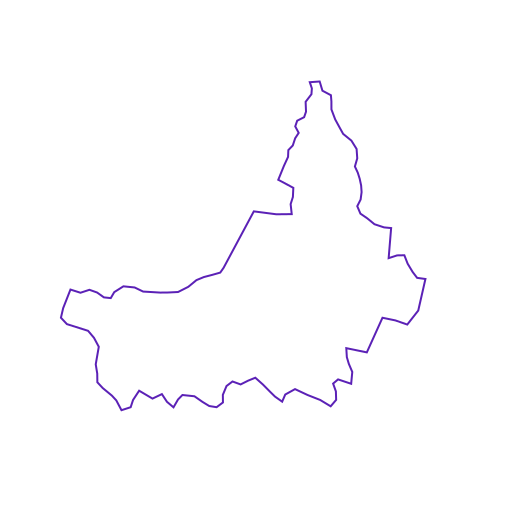 the district of Coqueiro Baixo, Rio Grande do Sul, Brazil, rotated 286°
{"feature_id": "56859067B73251776772186", "entity_name": "Coqueiro Baixo", "entity_type": "district", "adm_level": 2, "iso_a3": "BRA", "parent_name": "Brazil", "parent_adm1": "Rio Grande do Sul", "projection": "robinson", "projection_center": [-52.121, -29.161], "detail": "fine", "context": "isolated", "style": "outline", "palette": "violet", "viewbox_px": 512, "rotation_deg": 286, "n_neighbors": 0, "source": "geoboundaries", "source_scale": "gbopen_adm2", "svg_char_len": 1680}
<svg xmlns="http://www.w3.org/2000/svg" viewBox="0 0 512 512"><g transform="rotate(286 256 256)"><path d="M172.6,86.9L152.7,85.0L142.9,85.5L138.4,93.0L137.8,115.2L132.7,122.8L125.4,129.9L107.7,131.8L99.2,135.8L90.9,138.3L86.8,145.1L82.1,155.9L78.7,161.5L70.7,169.2L76.1,177.2L83.7,177.5L94.3,180.8L90.4,195.8L97.3,203.6L91.3,210.6L87.8,218.4L96.6,220.6L102.1,223.6L104.2,235.5L101.0,244.8L98.9,252.4L99.8,259.8L106.1,264.6L113.4,262.4L122.9,263.5L128.9,268.0L128.3,276.6L134.0,282.8L138.8,288.9L134.3,298.2L129.3,307.1L126.1,313.0L123.2,321.3L130.9,322.3L138.8,330.2L136.6,343.9L135.3,357.4L132.1,369.2L139.8,372.7L147.9,370.1L154.6,365.3L160.0,368.9L159.4,382.7L171.1,380.5L178.0,374.9L183.8,371.2L192.3,368.2L193.9,389.1L231.5,394.6L232.5,407.7L231.8,420.3L248.3,427.0L280.6,425.2L279.4,416.9L283.8,411.0L290.4,403.9L297.6,398.4L295.5,391.5L290.5,384.1L320.1,378.2L318.8,371.2L319.2,361.1L322.9,352.5L325.5,344.7L331.8,339.6L339.1,341.0L346.5,339.9L352.8,337.6L358.8,334.4L364.1,330.9L369.3,326.4L377.8,326.4L386.6,323.2L393.2,315.9L397.4,306.1L402.1,301.4L409.1,294.5L417.7,288.1L425.3,285.9L431.2,283.7L433.2,274.3L441.3,269.1L437.9,259.8L432.5,263.5L426.8,264.7L417.9,261.2L408.5,264.3L402.7,264.0L397.4,258.3L391.4,258.0L386.1,263.1L380.0,261.2L372.4,260.9L366.7,257.9L360.1,259.5L350.3,258.0L335.4,256.4L331.8,273.1L322.9,275.2L315.4,275.0L306.1,278.8L301.7,264.0L298.3,241.6L235.7,228.1L230.2,226.2L225.9,219.3L221.4,211.7L216.4,205.4L207.7,199.4L199.9,191.0L196.7,181.6L194.4,173.9L192.3,164.4L190.7,157.3L192.3,148.0L190.3,136.9L182.2,129.7L175.5,128.0L174.3,121.2L177.1,113.3L177.6,105.2L172.3,97.4L172.6,86.9Z" fill="none" stroke="#5b21b6" stroke-width="2"/></g></svg>